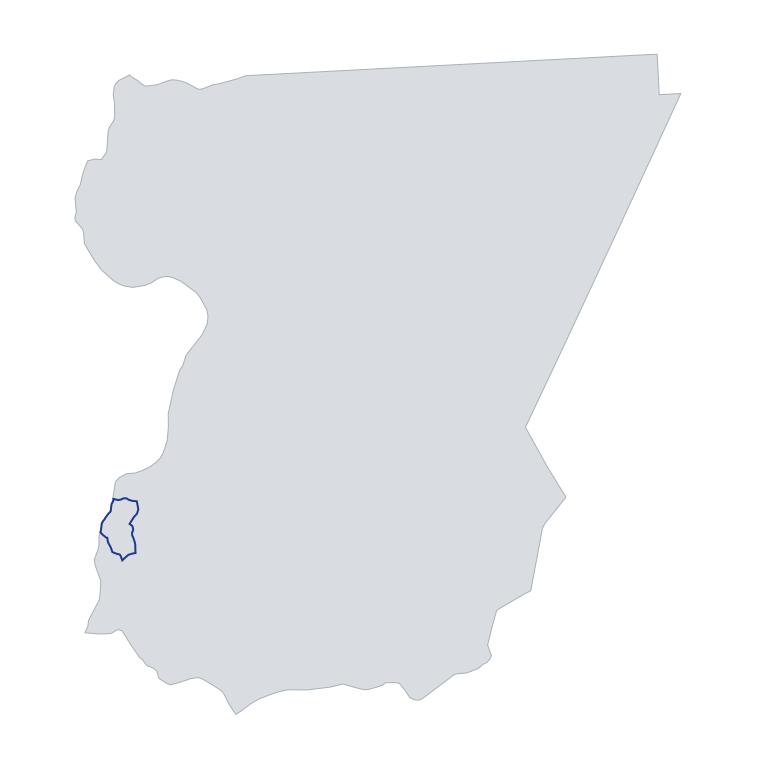 Al Marqab highlighted on a map of Libya, rotated 267°
{"feature_id": "LBY-2966", "entity_name": "Al Marqab", "entity_type": "Municipality", "adm_level": 1, "iso_a3": "LBY", "parent_name": "Libya", "parent_adm1": "", "projection": "mercator", "projection_center": [14.087, 32.352], "detail": "fine", "context": "in_parent", "style": "outline", "palette": "blue", "viewbox_px": 768, "rotation_deg": 267, "n_neighbors": 0, "source": "natural_earth", "source_scale": "10m", "svg_char_len": 3918}
<svg xmlns="http://www.w3.org/2000/svg" viewBox="0 0 768 768"><g transform="rotate(267 384 384)"><path d="M70.4,213.6L75.3,211.1L82.2,208.3L85.7,206.1L87.2,204.3L92.4,197.0L95.1,193.0L98.8,187.4L100.4,183.6L100.4,180.0L99.9,175.6L97.0,165.2L94.7,155.1L96.5,151.2L98.0,149.3L101.2,144.5L102.4,143.6L109.3,142.1L112.1,138.9L114.2,134.9L114.8,132.8L117.8,130.6L121.4,128.4L123.6,125.6L130.9,121.2L137.5,117.1L145.2,112.9L151.2,109.6L152.4,106.7L152.4,104.2L149.1,98.5L149.1,91.8L149.3,86.2L149.7,82.9L151.1,73.7L151.2,72.4L157.4,75.5L163.7,76.7L182.7,88.1L188.7,89.5L202.0,90.9L217.6,86.2L223.5,85.4L233.8,89.8L238.3,91.0L245.9,91.3L259.0,95.3L262.3,96.7L269.9,103.0L273.5,104.9L300.5,110.7L304.2,114.5L307.9,121.8L308.1,130.8L310.1,137.4L313.5,145.9L317.5,151.9L322.0,156.9L327.1,160.0L339.0,164.6L352.3,166.4L365.7,167.0L388.8,173.3L408.4,180.6L413.2,184.2L423.0,187.7L442.5,204.8L453.4,210.7L461.0,211.8L467.8,210.8L479.9,204.9L485.0,201.4L497.2,186.6L501.2,178.9L502.8,173.4L502.4,167.9L500.8,162.9L497.4,157.6L495.0,150.7L493.6,138.2L495.5,129.5L497.9,124.3L501.6,119.0L511.7,108.8L521.9,101.6L539.8,92.1L550.2,92.0L554.6,91.0L563.1,84.3L566.6,84.0L571.4,85.7L585.6,85.2L591.8,87.1L599.2,91.2L608.6,93.8L615.2,96.4L622.3,99.7L623.9,107.9L623.1,110.4L622.9,113.5L630.3,119.2L651.0,121.8L655.1,123.4L660.9,127.7L664.5,129.0L678.8,129.6L687.1,128.7L695.0,130.2L697.9,131.7L701.0,135.1L704.6,143.2L706.1,146.0L704.5,147.3L702.3,150.2L700.9,152.7L697.1,156.8L693.9,161.2L694.2,167.7L695.0,174.2L697.1,180.6L698.9,187.7L698.4,192.4L696.8,198.1L695.0,202.8L688.8,212.6L687.9,214.9L688.2,218.2L692.0,229.7L692.2,233.3L694.5,244.5L696.5,253.5L698.8,260.7L699.1,262.6L699.1,273.1L699.1,283.5L699.1,293.9L699.1,304.3L699.1,314.6L699.1,325.0L699.1,335.3L699.1,345.6L699.1,355.8L699.1,366.1L699.1,376.3L699.1,386.5L699.1,396.7L699.1,406.9L699.1,417.1L699.1,427.2L699.1,437.3L699.1,447.4L699.1,457.5L699.1,467.5L699.1,477.6L699.1,487.6L699.1,497.6L699.1,507.6L699.1,517.6L699.1,527.5L699.1,537.5L699.1,547.4L699.1,557.3L699.1,567.2L699.1,577.0L699.1,586.9L699.1,608.7L699.1,630.5L699.1,652.1L699.1,673.7L699.0,673.8L698.8,673.9L698.7,674.0L688.6,674.0L678.5,674.0L668.5,674.0L658.5,674.0L658.5,679.4L658.5,684.8L658.5,690.2L658.5,695.6L639.0,685.4L619.5,675.1L600.0,664.9L580.6,654.6L561.1,644.4L541.6,634.1L522.1,623.8L502.6,613.4L483.1,603.1L463.7,592.7L444.2,582.4L424.7,572.0L405.2,561.6L385.7,551.1L366.3,540.7L346.8,530.2L333.3,523.0L318.8,530.1L307.4,535.6L292.5,542.9L292.4,542.9L275.2,552.3L262.0,559.5L261.4,559.5L260.8,559.3L247.1,547.0L236.3,537.4L231.6,534.7L211.3,529.8L191.2,524.9L170.0,519.8L166.2,511.9L161.8,503.1L156.0,492.1L152.5,485.4L151.3,484.4L135.1,479.0L117.9,473.8L107.8,476.9L106.1,476.7L103.2,474.7L100.4,472.0L98.9,468.2L94.9,463.1L91.1,451.4L90.8,442.1L90.0,438.8L81.1,425.6L73.0,413.6L67.6,405.6L66.5,402.0L67.1,397.5L69.3,393.5L77.2,388.8L84.3,383.6L85.2,380.0L85.7,370.1L83.4,367.0L81.7,361.1L79.9,353.2L79.7,348.1L82.9,337.9L86.6,327.2L84.2,315.3L82.5,291.5L83.6,272.6L82.7,265.7L82.1,262.8L79.7,253.9L76.7,244.6L75.4,241.4L71.5,233.9L65.2,224.6L61.9,218.9L66.4,215.9L70.4,213.6Z" fill="#d9dde1" stroke="#a8b0b8" stroke-width="1"/><path d="M250.8,93.0L252.3,93.6L259.8,94.9L260.2,95.1L260.9,95.8L261.2,95.9L261.8,96.2L263.3,97.7L265.5,99.1L269.1,102.2L270.9,104.2L271.7,104.5L278.3,105.6L279.0,106.0L279.6,106.5L281.4,107.5L282.2,107.8L283.4,107.8L283.4,108.4L282.8,109.5L282.0,112.9L282.4,115.4L283.5,118.0L283.3,120.9L281.8,122.8L280.4,126.8L279.8,131.0L277.1,131.4L271.8,132.1L267.5,130.6L264.2,127.3L257.6,122.6L255.3,125.3L252.3,125.9L251.1,125.8L248.5,124.6L245.9,124.6L243.6,125.6L239.5,126.7L237.0,127.2L230.6,127.0L228.2,127.0L227.9,124.2L226.8,119.8L224.2,116.5L222.2,114.2L221.6,113.4L226.2,112.0L227.6,111.1L228.3,108.5L230.3,104.0L233.4,103.1L235.3,102.5L240.6,100.0L241.2,100.0L244.9,99.6L245.0,98.7L248.2,95.2L250.8,93.0Z" fill="none" stroke="#1e3a8a" stroke-width="2"/></g></svg>